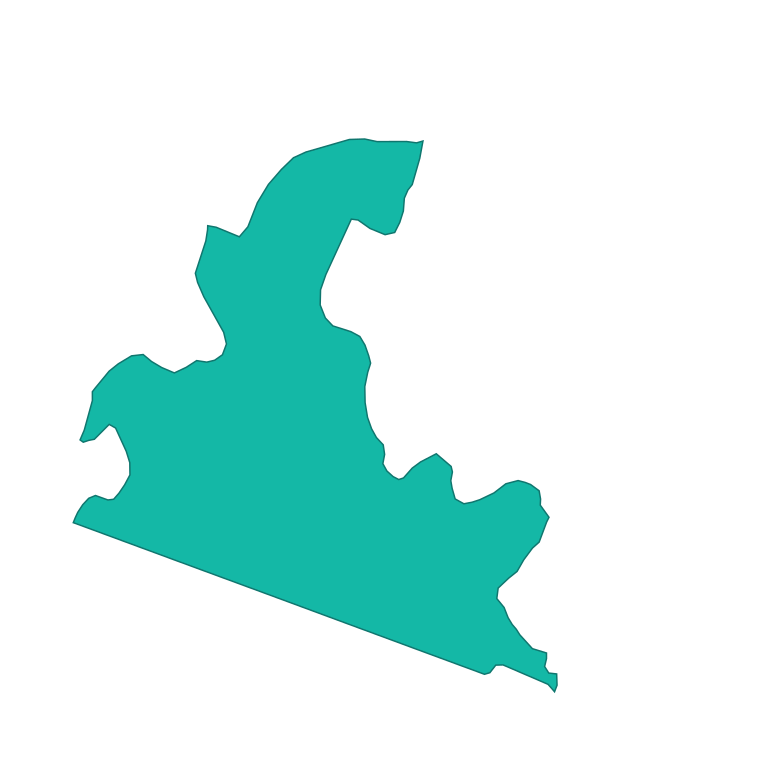 map outline of Sissili (Equal Earth projection), rotated 21°
{"feature_id": "BFA-2820", "entity_name": "Sissili", "entity_type": "Province", "adm_level": 1, "iso_a3": "BFA", "parent_name": "Burkina Faso", "parent_adm1": "", "projection": "equal_earth", "projection_center": [-2.182, 11.448], "detail": "fine", "context": "isolated", "style": "filled", "palette": "teal", "viewbox_px": 768, "rotation_deg": 21, "n_neighbors": 0, "source": "natural_earth", "source_scale": "10m", "svg_char_len": 1922}
<svg xmlns="http://www.w3.org/2000/svg" viewBox="0 0 768 768"><g transform="rotate(21 384 384)"><path d="M653.5,610.2L649.6,608.1L644.8,605.6L595.8,603.6L589.1,606.4L586.3,615.6L581.8,619.0L521.5,619.8L436.7,620.9L349.5,622.0L255.7,623.3L180.0,624.3L143.6,624.8L143.6,624.7L143.7,619.3L144.1,613.5L146.0,604.7L149.3,596.5L154.6,591.5L167.8,591.2L172.9,588.5L175.7,580.9L178.0,571.1L179.4,559.9L174.9,548.6L167.5,539.2L149.2,521.3L141.9,520.2L133.4,539.4L128.6,542.4L124.1,546.1L120.3,545.1L120.7,534.5L117.7,504.0L114.5,495.7L116.0,490.8L122.8,470.5L128.7,460.4L138.2,448.2L148.6,442.8L158.9,446.3L170.6,448.3L184.3,448.8L193.4,439.3L200.7,429.3L210.7,427.1L217.4,422.5L222.7,414.6L222.6,403.1L215.8,393.2L184.5,367.1L173.6,356.0L168.2,348.2L166.4,314.3L164.0,303.2L162.7,299.4L171.1,297.8L196.2,298.4L200.6,286.0L200.8,260.0L204.6,239.0L211.3,220.5L218.4,205.2L228.0,195.4L264.1,168.1L278.2,162.2L290.7,160.2L318.0,149.6L328.0,147.2L333.3,143.2L336.5,160.4L338.9,187.7L336.8,194.3L336.4,203.2L340.1,215.6L340.8,227.5L339.7,238.7L331.5,244.2L315.2,243.8L301.0,240.2L294.4,241.8L290.5,302.7L291.0,318.8L296.1,333.1L305.6,343.4L315.4,348.1L334.3,347.0L344.4,348.3L352.3,354.5L359.5,363.0L364.0,369.3L364.2,371.8L364.6,378.8L367.0,393.3L373.0,408.1L380.6,421.1L388.5,430.3L396.1,436.7L405.1,441.1L409.8,449.5L411.5,458.8L417.9,464.2L425.7,467.2L432.0,467.9L435.9,464.7L440.5,452.4L446.1,443.6L457.8,430.4L476.2,436.9L479.4,441.6L481.0,450.3L485.0,457.0L491.6,465.8L501.5,467.2L508.6,462.8L514.9,457.7L525.7,446.3L533.5,433.5L543.8,426.1L551.0,425.3L556.9,425.3L567.1,428.1L571.4,435.3L573.3,441.1L585.8,449.3L585.3,454.6L585.5,476.0L581.4,484.0L577.5,497.9L575.4,511.3L569.9,520.7L563.7,533.6L566.2,543.9L576.2,549.6L583.6,557.7L589.9,562.6L595.3,565.5L600.7,569.5L617.4,577.9L632.1,576.9L634.1,582.1L635.2,590.2L641.4,594.8L649.1,592.8L653.5,603.2L653.5,610.2Z" fill="#14b8a6" stroke="#0f766e" stroke-width="1.5"/></g></svg>